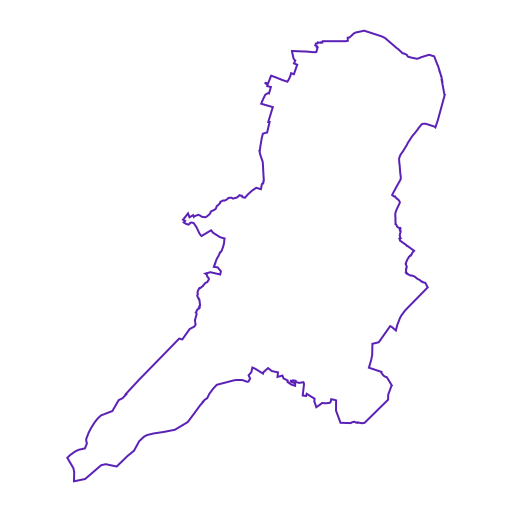 Tepetlaoxtoc, México, Mexico, rotated 90°
{"feature_id": "50627088B33487225996828", "entity_name": "Tepetlaoxtoc", "entity_type": "district", "adm_level": 2, "iso_a3": "MEX", "parent_name": "Mexico", "parent_adm1": "México", "projection": "albers", "projection_center": [-98.771, 19.549], "detail": "fine", "context": "isolated", "style": "outline", "palette": "violet", "viewbox_px": 512, "rotation_deg": 90, "n_neighbors": 0, "source": "geoboundaries", "source_scale": "gbopen_adm2", "svg_char_len": 5994}
<svg xmlns="http://www.w3.org/2000/svg" viewBox="0 0 512 512"><g transform="rotate(90 256 256)"><path d="M30.7,147.8L32.6,156.6L33.4,158.1L37.5,162.5L37.7,164.3L40.8,164.2L41.2,166.4L41.2,189.3L42.5,189.6L42.3,191.0L42.8,191.1L42.4,194.3L43.4,194.5L43.6,196.2L45.4,196.7L46.3,195.0L47.3,195.2L47.4,194.4L51.8,195.6L52.1,195.9L52.2,198.3L51.6,204.9L51.0,220.0L52.4,219.8L58.3,218.5L59.5,217.8L60.6,216.7L63.4,218.0L64.7,214.8L74.2,218.1L73.2,220.9L75.4,221.5L77.8,222.4L79.9,223.5L81.7,224.6L79.6,230.9L79.3,231.1L78.4,233.8L77.2,236.6L75.7,240.9L83.4,243.9L82.7,247.3L84.7,244.5L86.1,244.8L87.0,241.1L93.4,243.0L93.1,243.5L93.1,244.0L94.7,246.7L99.1,248.9L103.7,250.8L104.5,248.3L107.1,239.2L120.5,243.3L122.0,243.7L122.0,242.4L132.5,244.9L133.1,247.3L133.7,249.1L137.8,250.2L146.7,251.7L150.7,252.2L150.8,252.6L154.9,251.7L161.5,249.4L162.7,249.2L180.8,248.2L180.9,248.5L183.4,248.8L183.3,249.3L183.7,249.8L184.5,250.3L185.3,250.3L189.2,251.1L187.8,255.8L190.8,260.2L194.9,264.6L197.7,266.9L197.6,267.9L197.3,268.3L197.3,268.8L197.2,269.4L196.8,269.7L196.0,269.9L195.7,270.2L195.7,271.7L195.5,272.0L195.3,272.1L195.2,272.6L196.4,273.7L196.8,274.3L197.7,275.4L197.9,276.6L198.6,278.9L197.7,280.5L197.9,281.8L197.7,282.4L197.8,282.8L198.1,283.7L199.2,284.8L199.6,285.4L200.3,286.8L200.6,287.5L200.5,289.0L200.7,289.5L201.4,290.4L201.6,291.4L201.9,291.7L203.1,292.0L203.7,292.5L204.9,293.7L205.8,294.9L206.4,295.4L207.6,295.7L209.1,296.5L210.3,298.6L210.9,300.0L211.4,300.9L211.9,301.4L213.1,301.7L214.0,302.3L215.0,303.4L216.5,305.2L217.3,306.8L216.7,310.4L215.6,311.8L214.8,313.7L216.2,317.5L216.9,318.1L215.2,318.9L217.3,322.5L213.4,324.0L217.8,327.4L219.7,329.0L220.9,326.9L222.4,328.3L224.0,325.7L224.6,323.3L223.7,322.4L222.7,321.6L222.6,320.8L222.6,320.1L222.8,319.3L223.1,318.3L227.4,315.4L233.0,312.8L234.3,312.0L236.0,310.5L230.3,300.9L232.8,298.9L237.2,291.9L238.5,287.4L239.8,287.7L242.7,287.9L246.2,288.7L250.6,290.3L251.4,290.8L253.0,292.1L252.9,292.2L256.2,293.6L257.2,294.3L259.2,295.4L263.8,297.1L263.8,296.9L266.8,298.2L267.4,294.3L271.3,291.1L274.5,291.8L272.2,301.6L273.6,306.7L274.7,305.2L276.8,304.6L277.2,304.0L278.7,303.1L279.0,303.1L280.0,303.4L280.5,303.9L281.4,304.3L282.1,304.7L282.4,305.5L283.1,306.8L285.8,309.1L286.1,309.1L286.7,310.0L288.3,312.1L288.0,312.5L288.4,312.9L291.2,314.3L292.3,314.3L292.7,314.5L294.0,314.3L294.2,314.1L295.7,314.8L298.0,313.8L298.3,313.2L299.5,313.2L299.8,312.6L305.3,311.9L306.2,312.7L306.4,312.5L307.3,312.2L308.1,313.3L308.5,313.0L309.9,315.0L312.0,315.7L312.4,316.2L313.9,315.3L320.4,317.1L324.6,316.4L326.6,317.7L329.0,322.3L339.4,329.7L338.6,332.8L379.7,372.9L395.0,387.1L393.6,385.0L398.2,389.5L400.1,393.3L411.0,399.6L415.4,411.0L418.1,413.9L420.3,415.8L423.0,417.8L428.5,421.2L432.6,423.3L438.7,425.7L439.8,425.8L441.2,425.7L443.5,425.1L448.4,427.1L449.7,433.0L451.0,435.9L452.0,437.6L455.0,441.8L457.8,444.7L468.2,438.6L472.1,437.8L481.3,438.0L479.0,426.9L465.2,410.8L464.2,406.3L466.5,395.3L456.0,384.5L450.7,378.0L441.2,372.8L436.6,367.9L435.0,364.8L433.4,358.0L432.0,348.6L429.8,337.2L422.1,324.3L414.8,318.8L405.1,311.7L401.9,308.8L401.7,309.1L399.8,307.3L398.2,304.8L394.3,302.9L393.2,302.2L388.6,298.8L384.8,295.2L380.3,277.9L380.0,275.7L380.0,269.9L381.8,264.7L381.5,263.5L378.5,261.9L375.3,263.4L372.2,260.7L367.5,259.6L368.9,256.5L373.6,249.0L372.1,248.5L368.1,243.9L371.0,240.3L372.4,234.0L376.9,234.5L375.6,229.6L378.5,228.4L380.5,224.3L382.0,224.5L384.6,220.6L385.8,216.9L383.3,216.9L382.3,219.5L381.5,221.3L380.7,221.0L381.2,219.3L380.3,218.9L380.8,216.4L381.9,216.7L382.1,216.4L382.0,216.2L382.9,212.8L382.4,209.6L382.2,208.6L383.0,208.2L384.3,208.0L395.5,209.3L396.0,205.9L393.8,205.3L396.7,200.7L398.7,197.4L401.2,197.7L407.2,195.7L404.1,191.2L403.0,190.0L403.3,186.0L402.8,182.2L401.8,181.3L399.2,180.8L399.9,177.4L400.4,175.9L410.6,176.0L422.8,171.5L423.1,161.3L422.4,160.2L421.7,157.6L422.7,155.7L422.3,154.7L422.3,154.4L422.5,154.3L422.8,154.2L422.6,153.5L423.2,150.2L423.1,148.8L422.8,147.4L399.7,123.9L394.7,123.8L385.7,120.5L385.5,120.2L380.9,122.9L377.1,125.3L376.9,126.3L376.6,127.0L376.1,127.8L375.4,128.7L372.7,130.7L371.9,130.5L367.7,143.1L359.9,140.8L354.8,139.8L343.8,139.6L342.3,133.3L326.1,121.8L327.2,119.9L330.5,116.1L328.3,115.6L327.7,115.3L326.5,115.2L324.7,114.6L318.2,112.1L315.9,110.9L311.1,107.4L309.8,106.3L287.4,84.3L282.9,86.7L282.2,89.1L281.6,89.6L281.7,90.4L280.6,91.5L279.7,92.8L279.1,94.2L278.1,95.5L277.0,96.8L276.6,97.4L276.1,98.3L276.1,98.9L275.5,99.8L275.6,101.4L273.6,105.4L273.2,105.7L273.2,105.0L272.6,105.6L271.0,106.1L270.4,106.1L269.9,105.8L268.8,106.0L268.2,105.5L267.9,105.6L266.8,105.2L264.0,106.3L263.7,106.0L263.3,106.2L262.4,105.9L261.1,105.4L260.8,105.1L258.8,104.3L257.9,103.5L256.9,103.2L256.6,102.7L255.5,101.7L255.7,101.3L255.1,100.8L254.5,100.6L253.7,100.0L252.6,99.6L250.8,97.9L246.2,104.2L246.1,104.9L246.0,105.1L245.6,105.4L245.3,105.4L240.6,112.0L240.2,111.9L238.7,112.6L238.2,111.5L237.7,112.1L237.0,111.8L235.5,112.3L231.1,111.3L230.8,111.5L230.7,112.0L230.0,112.3L229.6,112.3L228.8,111.5L228.4,111.5L227.9,111.7L228.0,112.8L227.4,113.9L226.6,114.9L225.5,115.3L224.6,115.9L224.1,116.6L223.6,116.6L222.7,116.3L221.5,116.6L217.6,116.5L216.5,116.7L213.3,116.7L209.7,115.5L202.8,112.2L202.1,112.2L201.2,112.6L199.5,113.8L199.1,114.7L198.1,115.5L197.5,116.5L196.4,116.8L196.3,117.1L196.4,117.7L196.4,118.1L195.0,119.9L187.8,116.1L179.6,111.5L178.0,111.2L176.4,111.3L172.7,111.8L165.8,112.3L163.7,112.6L159.9,112.9L158.1,112.8L154.9,111.6L151.1,108.9L145.0,105.2L143.1,104.3L135.9,99.6L133.0,97.1L129.7,94.5L127.9,93.3L125.1,91.0L124.1,90.1L123.8,89.0L123.7,87.7L123.8,86.2L126.1,79.0L126.7,77.4L127.4,76.6L120.6,74.3L95.0,67.3L95.0,67.5L80.6,70.2L80.8,69.8L76.2,70.7L76.1,71.0L74.4,71.3L71.3,72.5L71.2,72.3L65.3,74.2L65.2,74.4L57.7,77.3L56.3,77.9L54.8,83.0L57.3,91.1L57.9,92.3L58.8,94.9L57.5,101.1L56.6,104.1L54.7,105.4L53.5,108.0L53.3,109.4L49.1,113.8L48.3,115.0L38.0,127.0L36.4,130.2L30.7,147.8Z" fill="none" stroke="#5b21b6" stroke-width="2"/></g></svg>